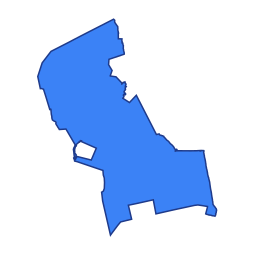 López, Chihuahua, Mexico (Natural Earth projection), rotated 3°
{"feature_id": "50627088B10503438619479", "entity_name": "López", "entity_type": "district", "adm_level": 2, "iso_a3": "MEX", "parent_name": "Mexico", "parent_adm1": "Chihuahua", "projection": "natural_earth1", "projection_center": [-104.952, 26.935], "detail": "fine", "context": "isolated", "style": "filled", "palette": "blue", "viewbox_px": 256, "rotation_deg": 3, "n_neighbors": 0, "source": "geoboundaries", "source_scale": "gbopen_adm2", "svg_char_len": 5489}
<svg xmlns="http://www.w3.org/2000/svg" viewBox="0 0 256 256"><g transform="rotate(3 128 128)"><path d="M59.6,133.1L66.1,132.3L76.4,148.0L76.6,148.4L76.0,148.2L75.9,148.3L75.6,149.5L75.1,150.3L74.6,152.1L74.8,153.2L75.2,155.2L75.3,155.9L75.3,156.0L75.7,158.5L75.9,159.1L75.8,160.0L75.3,160.8L76.0,162.3L76.6,161.8L77.4,159.9L77.6,158.1L77.7,157.6L77.0,156.7L76.0,155.6L76.1,154.5L75.9,153.3L75.9,152.5L75.9,151.6L76.2,150.7L76.3,149.9L76.9,148.6L77.3,148.1L76.9,147.7L77.4,147.0L78.9,145.6L79.9,144.4L80.4,144.6L81.1,143.1L82.3,143.2L82.3,143.6L82.2,144.0L97.4,149.8L93.0,161.9L78.6,159.1L78.2,159.6L78.2,160.0L77.6,160.8L77.6,161.0L77.3,161.7L77.3,161.9L76.4,162.8L76.4,163.1L76.3,163.6L76.4,163.8L79.0,164.3L105.2,171.7L105.8,176.3L106.9,179.1L107.4,183.7L107.5,189.6L106.7,192.3L105.0,193.5L105.2,194.4L106.5,202.2L116.1,235.9L117.4,233.9L122.5,226.3L125.5,222.2L136.4,218.9L132.4,205.1L140.4,203.0L145.5,201.6L157.0,198.4L160.4,212.3L177.0,207.6L181.0,206.5L198.4,201.8L201.8,201.2L206.1,201.6L211.5,202.2L211.5,202.3L211.5,202.8L210.1,209.7L210.5,209.9L211.2,210.1L211.6,210.2L212.1,210.2L212.4,210.3L212.7,210.5L213.0,210.6L213.5,210.6L214.0,210.7L214.7,210.7L215.0,210.7L216.0,210.9L216.1,211.0L216.4,211.1L216.6,211.2L216.9,211.1L217.2,211.2L218.6,211.3L218.9,211.4L219.2,211.4L219.5,211.5L219.9,210.7L220.1,210.2L220.2,209.7L220.1,209.4L220.0,209.1L220.0,208.9L220.2,208.7L220.3,208.4L220.5,208.1L220.5,206.7L220.7,206.3L220.6,205.7L220.8,205.4L220.4,204.3L220.3,204.0L219.5,203.1L219.1,202.4L218.8,202.2L218.4,201.8L217.7,200.9L216.9,199.9L216.8,199.2L216.7,198.4L216.6,198.1L216.5,197.1L216.4,196.8L216.2,196.4L216.2,196.1L216.1,195.8L216.1,195.3L215.9,194.4L215.8,194.0L215.7,193.5L215.5,192.7L215.3,191.8L214.8,189.4L214.8,189.1L214.7,188.7L214.6,188.1L214.4,187.6L214.4,187.3L213.7,184.7L212.7,179.7L212.5,178.5L212.3,177.4L212.1,177.0L212.0,176.5L211.8,176.0L211.7,175.5L211.3,174.5L211.3,174.1L211.2,173.6L211.0,173.1L210.8,172.8L210.7,172.5L210.5,172.0L210.4,171.7L210.4,171.4L210.1,170.7L209.9,169.8L209.9,169.6L209.8,169.4L209.8,168.7L209.6,168.4L209.6,168.2L209.4,167.3L209.2,166.6L209.1,166.0L208.9,165.4L208.5,164.3L208.4,163.6L208.4,163.4L208.2,163.1L208.1,162.8L208.1,162.4L207.8,161.4L207.7,160.4L207.6,159.6L207.4,159.0L207.3,158.9L207.3,158.4L207.2,157.8L206.8,156.0L206.4,154.6L206.3,154.2L206.0,153.4L205.9,153.1L205.9,152.8L205.7,152.1L205.7,151.8L205.7,151.5L205.3,150.4L205.2,149.5L204.9,148.8L204.8,147.8L205.0,147.6L205.0,146.7L204.9,146.6L202.0,146.6L201.9,147.1L201.5,147.2L201.3,147.2L201.1,147.2L200.9,147.1L200.7,146.8L199.2,146.9L198.1,147.1L190.6,147.6L189.8,147.6L177.4,148.2L176.9,148.5L176.7,148.6L176.3,148.5L176.3,148.4L176.7,148.2L177.3,148.0L177.8,147.7L178.0,147.5L178.1,147.4L178.1,147.2L177.9,147.0L177.8,146.8L177.7,146.7L177.5,146.8L177.4,146.9L177.1,146.9L176.6,146.9L176.4,146.8L176.2,146.8L175.8,146.4L175.4,146.0L175.3,145.7L175.2,145.4L175.0,145.2L174.9,144.9L174.7,144.6L173.9,143.7L173.7,143.5L173.3,143.1L172.9,142.7L171.8,141.9L171.1,141.4L170.9,141.1L170.5,140.8L169.7,139.8L169.3,139.3L168.3,138.6L168.0,138.4L167.6,138.2L167.2,137.9L167.0,137.6L166.1,136.7L165.5,136.1L165.2,135.7L164.8,135.5L164.8,135.4L164.4,135.0L164.2,134.6L164.1,134.4L163.6,134.3L163.3,134.1L162.9,133.9L162.6,133.9L162.3,133.9L162.0,133.8L161.7,133.7L161.4,133.5L161.0,133.5L160.5,133.4L160.2,133.3L160.1,133.2L159.9,133.1L159.8,132.9L159.5,132.6L159.4,132.3L156.7,133.0L134.6,94.9L128.1,102.5L126.4,101.5L121.3,98.6L121.4,98.3L121.5,98.1L121.8,97.8L122.0,97.5L122.2,97.0L122.3,96.8L122.2,96.3L122.2,96.0L122.0,95.9L121.9,95.8L121.8,95.7L121.7,95.6L121.7,95.4L121.7,95.2L121.8,95.0L122.1,94.7L122.3,94.6L122.6,94.6L122.8,95.0L123.0,95.0L123.3,95.0L123.6,94.9L123.7,94.7L123.9,94.3L123.8,94.0L123.7,93.7L123.4,93.3L123.1,93.2L123.0,93.3L122.8,93.3L122.6,93.2L122.4,92.6L122.3,92.3L122.3,92.2L122.3,91.8L122.2,91.6L122.5,91.2L122.9,90.7L122.9,90.4L123.2,90.2L123.4,89.8L123.5,89.5L123.5,89.3L123.3,89.0L123.1,88.5L123.1,88.1L124.0,86.8L123.7,86.7L123.8,86.6L123.2,86.3L123.4,85.5L123.7,84.9L123.7,84.6L123.6,84.3L123.6,84.1L123.2,83.6L122.9,83.2L122.8,82.9L122.5,82.1L122.1,82.3L121.7,82.8L121.3,82.9L121.1,82.6L120.9,82.6L120.1,83.8L120.0,84.0L119.6,84.3L119.4,83.3L113.3,77.5L107.6,77.0L107.5,76.9L109.1,71.4L105.3,65.8L105.4,60.4L119.6,54.8L120.4,54.4L120.4,54.0L120.3,53.6L120.3,53.3L120.2,53.0L120.2,52.7L120.1,52.4L119.9,52.0L119.8,51.5L119.6,51.2L119.5,50.2L119.4,49.6L119.2,49.3L119.1,48.9L119.1,48.6L119.1,48.1L119.1,47.6L119.1,47.1L119.0,46.3L119.1,46.0L118.9,45.6L118.7,45.2L118.6,44.9L118.5,44.7L118.4,43.8L118.2,43.3L117.6,43.3L117.6,41.8L117.3,41.5L117.3,41.0L117.3,39.3L113.7,39.4L113.3,33.4L113.5,33.4L113.2,32.7L113.2,32.3L113.0,31.8L112.8,31.1L112.8,30.8L112.7,30.2L112.6,29.9L112.7,29.1L112.6,28.6L112.5,27.9L112.4,27.3L112.4,27.1L112.1,26.8L111.9,26.7L109.2,23.1L109.1,22.3L109.1,21.1L107.9,20.1L84.6,33.6L76.0,38.6L68.2,43.2L65.4,44.9L47.1,55.5L38.9,67.4L35.2,81.3L38.4,93.3L39.3,93.1L41.6,93.7L41.7,94.0L44.4,101.2L48.9,113.6L49.8,113.2L50.2,114.0L50.1,114.3L50.1,114.5L50.3,115.0L50.3,115.7L50.4,116.1L50.6,117.7L50.7,118.3L50.9,119.1L51.2,119.9L51.3,120.2L51.3,120.6L51.3,120.8L51.6,122.6L51.9,123.3L52.0,123.5L52.1,123.9L52.4,124.1L53.7,124.9L54.6,125.3L55.2,125.4L55.4,125.6L55.7,126.0L55.8,126.3L55.8,126.6L55.8,126.9L55.7,127.5L55.8,127.7L56.3,128.5L56.5,128.8L57.3,129.8L57.4,130.1L57.5,130.3L58.1,131.1L58.4,131.5L58.9,132.1L59.1,132.5L59.5,133.1L59.6,133.1Z" fill="#3b82f6" stroke="#1e3a8a" stroke-width="1.5"/></g></svg>